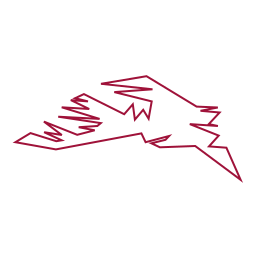 the Region of Vestfirðir
{"feature_id": "ISL-690", "entity_name": "Vestfirðir", "entity_type": "Region", "adm_level": 1, "iso_a3": "ISL", "parent_name": "Iceland", "parent_adm1": "", "projection": "equal_earth", "projection_center": [-22.568, 65.72], "detail": "coarse", "context": "isolated", "style": "outline", "palette": "rose", "viewbox_px": 256, "rotation_deg": 0, "n_neighbors": 0, "source": "natural_earth", "source_scale": "10m", "svg_char_len": 701}
<svg xmlns="http://www.w3.org/2000/svg" viewBox="0 0 256 256"><path d="M195.2,146.0L159.9,147.3L151.4,143.3L165.5,139.8L169.1,136.0L145.6,142.2L141.4,133.4L55.9,149.4L15.4,142.2L30.5,133.1L56.3,141.2L61.7,140.3L44.1,132.2L61.8,135.0L43.9,121.6L77.2,134.8L94.7,130.3L78.7,127.2L97.3,126.0L100.8,123.1L58.2,116.7L99.6,118.9L61.7,107.3L89.2,109.0L70.8,100.1L88.0,101.4L75.1,98.2L83.9,94.1L124.2,114.2L132.8,104.3L134.9,119.6L143.2,109.8L148.6,118.7L151.7,101.4L114.3,92.1L152.5,89.3L101.0,83.8L146.5,76.2L196.6,106.6L217.8,107.5L200.5,110.8L219.6,112.5L208.8,124.1L217.9,126.0L189.8,124.1L218.7,135.6L209.0,146.4L226.4,147.7L240.6,179.8L195.2,146.0Z" fill="none" stroke="#9f1239" stroke-width="2"/></svg>